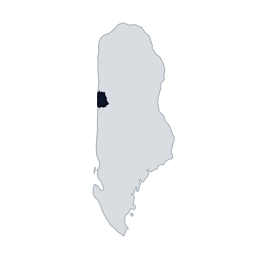 Mananjary, Vatovavy-Fitovinany, Madagascar shown in context, rotated 164°
{"feature_id": "10022922B52512193010711", "entity_name": "Mananjary", "entity_type": "district", "adm_level": 2, "iso_a3": "MDG", "parent_name": "Madagascar", "parent_adm1": "Vatovavy-Fitovinany", "projection": "mercator", "projection_center": [48.046, -21.236], "detail": "fine", "context": "in_parent", "style": "filled", "palette": "ink", "viewbox_px": 256, "rotation_deg": 164, "n_neighbors": 0, "source": "geoboundaries", "source_scale": "gbopen_adm2", "svg_char_len": 5774}
<svg xmlns="http://www.w3.org/2000/svg" viewBox="0 0 256 256"><g transform="rotate(164 128 128)"><path d="M166.2,30.8L166.9,32.4L167.6,33.8L170.0,37.4L171.1,38.8L171.9,40.2L172.4,43.1L173.9,47.7L175.3,54.5L175.8,61.5L176.2,64.7L177.3,67.7L179.1,70.9L179.7,74.4L178.6,78.0L177.0,81.4L176.6,82.1L175.8,82.9L175.5,82.9L174.2,82.0L173.1,80.6L171.8,77.2L171.3,75.5L170.7,75.2L169.2,75.3L168.0,76.4L167.8,77.1L168.1,79.0L168.5,80.7L168.7,82.5L168.7,84.7L169.1,85.3L169.8,85.9L170.4,87.4L170.5,90.8L170.1,92.5L169.0,94.0L169.1,94.9L169.5,95.7L169.1,96.2L167.6,96.9L167.0,97.4L166.2,99.0L164.9,102.1L164.8,103.7L165.6,108.5L165.3,112.0L163.7,118.6L162.8,121.7L161.4,125.4L159.4,130.4L157.3,136.6L155.6,143.1L154.3,146.9L152.9,150.8L150.9,157.5L149.2,164.4L146.7,172.0L143.2,180.6L142.9,181.7L142.2,186.0L141.4,189.8L140.5,193.6L138.5,199.8L138.3,201.8L137.9,203.6L136.0,207.5L135.2,209.0L134.6,210.6L134.3,212.5L133.8,214.4L132.4,218.0L130.4,221.0L129.0,222.1L126.0,223.7L124.5,224.0L121.1,224.0L117.8,225.0L114.4,226.7L111.1,228.7L109.9,229.7L108.5,230.2L104.2,230.3L102.9,229.9L98.5,226.6L96.9,226.1L93.7,225.6L92.7,225.3L91.9,224.9L90.6,223.2L88.0,221.7L87.4,221.2L87.0,220.2L86.8,219.2L86.1,217.9L85.6,215.6L84.8,214.0L82.4,211.2L82.2,210.3L82.0,207.3L82.1,205.2L81.8,201.5L82.1,199.8L82.9,198.2L82.6,196.5L81.7,194.7L81.4,192.9L80.7,191.2L78.3,188.2L77.7,186.7L77.3,185.2L76.4,180.4L76.3,178.7L76.4,175.2L76.7,173.4L77.3,172.2L77.5,171.2L77.9,170.4L78.5,169.8L78.9,169.0L79.8,164.5L80.9,163.5L82.7,163.0L84.0,161.8L84.8,160.2L85.6,157.0L87.8,153.8L88.6,152.1L90.3,149.6L91.9,146.0L92.4,144.3L92.7,142.6L93.1,138.8L93.4,136.9L93.3,135.1L92.4,133.2L90.3,129.7L90.3,129.1L90.4,126.5L90.2,124.7L89.5,122.8L88.5,121.1L87.5,117.8L87.0,112.5L87.1,110.5L86.8,108.8L86.1,107.2L86.6,104.3L92.9,94.0L93.1,92.8L92.9,89.7L93.0,87.8L93.2,87.2L93.7,86.8L94.8,86.6L99.9,86.1L100.6,85.8L101.9,85.0L103.6,83.3L104.4,82.8L105.1,83.0L105.6,83.7L106.1,84.1L108.2,83.3L109.0,83.3L109.8,83.4L110.2,82.7L110.4,81.8L110.7,81.1L111.2,80.8L113.9,80.6L115.6,80.3L117.8,79.6L118.3,79.8L120.0,82.1L120.6,82.3L121.3,82.4L121.9,82.0L120.4,80.8L120.2,80.1L120.3,79.3L121.1,77.6L122.3,76.3L125.2,74.3L128.2,72.1L129.0,71.9L129.8,72.3L130.3,74.9L130.3,75.4L130.7,75.4L131.3,75.1L131.8,74.0L131.8,73.1L131.4,72.3L131.2,71.6L131.2,70.9L132.7,69.3L133.9,67.8L134.4,66.0L134.9,65.2L136.1,64.3L136.5,64.4L136.8,65.2L137.0,66.0L136.7,66.8L136.2,67.6L136.0,68.6L136.7,68.8L137.4,68.6L138.3,66.7L139.5,64.9L140.1,63.9L140.9,63.3L142.3,63.4L143.7,63.8L141.5,61.9L140.9,59.3L143.5,54.9L143.6,53.9L143.9,53.7L144.1,53.3L142.8,51.8L142.5,51.0L142.7,49.9L143.3,48.9L143.9,48.2L144.8,47.9L145.4,48.3L146.9,49.6L147.8,49.7L149.0,48.6L150.0,47.1L151.4,46.1L153.1,45.4L155.6,43.1L157.2,38.2L157.3,36.8L157.0,35.1L156.4,33.4L155.4,31.4L155.7,30.9L157.1,31.2L157.5,30.9L159.0,29.1L161.5,25.7L162.3,25.7L163.0,26.3L163.2,27.3L163.7,28.0L165.4,29.6L166.2,30.8ZM149.1,44.5L149.1,45.0L147.2,44.8L146.9,43.0L147.8,42.9L148.0,42.2L148.6,42.1L149.2,43.7L149.1,44.5ZM171.9,97.0L170.3,99.8L170.8,97.5L172.6,94.2L173.2,93.9L171.9,97.0Z" fill="#d9dde1" stroke="#a8b0b8" stroke-width="1"/><path d="M141.1,168.2L141.3,168.2L141.5,168.1L141.7,168.3L141.9,168.4L142.0,168.4L142.1,168.5L142.3,168.7L142.5,168.8L142.8,168.9L142.9,169.0L143.0,168.9L143.0,169.0L143.2,169.3L143.4,169.3L143.5,169.4L143.8,169.2L143.7,169.0L143.9,168.9L144.0,168.8L144.0,168.7L144.3,168.7L144.5,168.6L144.7,168.4L144.8,168.4L144.9,168.6L144.9,168.8L145.0,168.9L145.2,169.0L145.2,169.3L145.2,169.5L145.3,169.7L145.3,169.8L145.2,169.8L145.2,170.0L145.3,170.2L145.4,169.9L145.5,170.0L145.6,169.9L145.6,170.0L145.8,170.0L145.9,169.9L146.0,170.0L146.3,170.1L146.5,170.2L146.6,169.9L146.8,169.8L146.9,169.7L147.0,169.7L147.0,169.8L147.2,169.6L147.3,169.4L147.5,168.9L147.6,168.6L147.7,168.1L147.8,167.8L148.2,166.7L148.4,166.1L148.5,165.9L148.6,165.3L148.8,164.6L148.9,164.3L149.1,163.3L149.1,163.0L149.2,162.9L149.3,162.5L149.4,162.2L149.7,161.5L150.1,160.4L150.3,159.7L150.6,158.9L150.6,158.6L150.7,157.9L150.7,157.6L150.8,157.3L150.9,156.9L151.0,156.7L150.9,156.8L150.6,156.7L150.4,156.7L150.2,156.5L150.0,156.4L150.0,156.2L149.9,156.2L149.7,156.1L149.4,156.2L149.3,156.3L149.2,156.4L149.0,156.5L149.0,156.4L148.9,156.2L148.7,156.1L148.4,156.1L148.3,156.4L148.2,156.4L148.0,156.7L148.0,156.8L147.9,156.8L147.9,156.6L147.9,156.4L147.7,156.4L147.4,156.3L147.3,156.2L147.2,156.2L147.1,156.3L147.1,156.2L146.9,156.1L146.6,155.9L146.4,155.7L146.2,155.7L145.9,155.6L145.7,155.7L145.6,155.4L145.5,155.2L145.4,155.3L145.1,155.3L144.9,155.3L144.7,155.3L144.4,155.4L144.3,155.5L144.3,155.4L144.2,155.3L144.0,155.2L143.9,155.2L143.7,155.3L143.8,155.4L143.8,155.5L143.7,155.6L143.6,155.8L143.7,156.1L143.7,156.3L143.8,156.4L143.8,156.5L143.7,156.5L143.4,156.5L143.1,156.8L143.0,156.7L142.9,156.5L142.9,156.4L142.7,156.4L142.6,156.5L142.4,156.6L142.2,156.7L141.9,156.6L141.7,156.7L141.6,156.8L141.4,156.9L141.2,156.8L140.9,156.7L140.8,156.8L140.6,156.8L140.4,157.1L140.4,157.3L140.5,157.5L140.9,157.7L141.1,157.7L141.2,157.8L141.3,157.8L141.4,158.1L141.5,158.2L141.5,158.4L141.5,158.5L141.5,158.8L141.5,159.0L141.4,159.1L141.3,158.9L141.2,159.0L141.1,159.3L141.2,159.6L141.3,159.7L141.3,159.8L141.3,160.1L141.2,160.1L141.3,160.1L141.4,160.4L141.4,160.6L141.5,160.7L141.6,160.8L141.5,161.0L141.5,161.3L141.6,161.7L141.6,161.8L141.6,162.0L141.5,162.3L141.7,162.7L141.6,162.8L141.6,163.0L141.4,163.0L141.5,163.1L141.4,163.2L141.2,163.1L141.1,162.9L141.0,163.1L141.0,163.3L141.0,163.5L141.0,163.8L141.1,164.1L141.2,164.3L141.3,164.6L141.4,164.8L141.3,165.0L141.5,165.5L141.5,165.8L141.6,166.1L141.6,166.4L141.6,166.5L141.5,166.8L141.4,166.8L141.4,167.0L141.4,167.3L141.3,167.6L141.2,167.7L141.2,167.8L141.1,168.0L141.1,168.2Z" fill="#0f172a" stroke="#020617" stroke-width="1.5"/></g></svg>